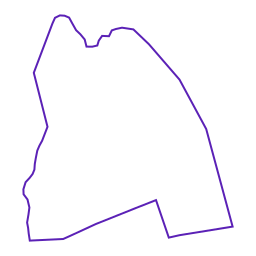 Boa Ventura, Paraíba, Brazil (Equal Earth projection)
{"feature_id": "56859067B42208765231208", "entity_name": "Boa Ventura", "entity_type": "district", "adm_level": 2, "iso_a3": "BRA", "parent_name": "Brazil", "parent_adm1": "Paraíba", "projection": "equal_earth", "projection_center": [-38.216, -7.424], "detail": "fine", "context": "isolated", "style": "outline", "palette": "violet", "viewbox_px": 256, "rotation_deg": 0, "n_neighbors": 0, "source": "geoboundaries", "source_scale": "gbopen_adm2", "svg_char_len": 691}
<svg xmlns="http://www.w3.org/2000/svg" viewBox="0 0 256 256"><path d="M179.5,79.6L148.9,44.2L133.4,29.4L128.1,28.6L122.0,27.7L115.9,29.0L111.8,30.4L109.0,36.2L102.1,35.9L98.8,40.6L97.3,45.5L92.2,46.7L86.5,46.6L84.7,39.5L80.4,34.3L76.1,30.2L72.1,23.1L69.1,17.6L64.6,15.7L59.9,15.4L55.0,17.8L52.4,23.6L33.8,72.8L47.5,126.8L42.1,140.8L39.5,145.5L37.3,150.6L35.8,158.1L34.8,163.9L34.4,169.6L32.6,174.0L29.7,177.8L25.6,182.2L23.4,189.3L23.6,194.3L27.5,199.5L29.4,207.5L28.5,214.3L27.1,222.6L28.1,227.8L28.7,233.5L29.8,240.6L63.2,239.0L70.1,235.9L95.9,224.0L135.9,208.0L156.0,200.1L168.8,237.6L179.5,235.2L232.6,226.6L206.2,129.0L179.5,79.6Z" fill="none" stroke="#5b21b6" stroke-width="2"/></svg>